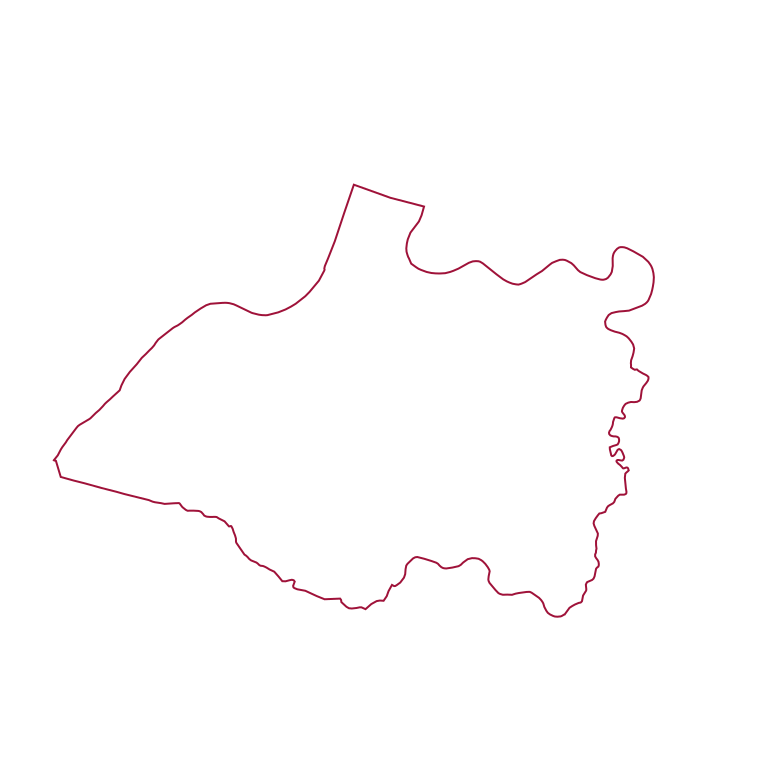 outline of Nga Son, Thanh Hóa, Vietnam, rotated 204°
{"feature_id": "81297802B47963627673209", "entity_name": "Nga Son", "entity_type": "district", "adm_level": 2, "iso_a3": "VNM", "parent_name": "Vietnam", "parent_adm1": "Thanh Hóa", "projection": "mercator", "projection_center": [105.976, 20.004], "detail": "fine", "context": "isolated", "style": "outline", "palette": "rose", "viewbox_px": 768, "rotation_deg": 204, "n_neighbors": 0, "source": "geoboundaries", "source_scale": "gbopen_adm2", "svg_char_len": 6166}
<svg xmlns="http://www.w3.org/2000/svg" viewBox="0 0 768 768"><g transform="rotate(204 384 384)"><path d="M158.9,500.2L160.7,499.0L162.6,499.1L165.1,499.6L166.1,502.0L166.9,503.3L167.9,506.2L168.2,510.4L168.8,514.1L169.9,518.2L172.5,521.4L175.3,523.3L179.1,525.3L181.7,526.2L184.0,526.5L186.6,526.7L189.9,526.5L194.5,525.7L198.7,525.4L201.6,525.5L203.5,526.1L204.4,526.6L205.8,528.2L207.4,530.9L207.5,533.0L207.3,535.5L206.8,538.4L205.0,541.3L201.5,544.0L198.7,545.9L194.4,548.2L190.0,550.7L180.1,560.5L178.0,563.5L177.1,565.5L176.6,567.3L176.5,568.7L176.6,574.9L177.3,579.2L178.0,582.4L179.1,586.5L180.9,591.3L183.0,594.9L185.6,598.3L187.6,600.2L189.3,601.4L192.2,603.1L199.2,605.5L210.1,606.6L217.1,606.9L220.0,606.6L221.9,606.0L223.6,605.2L224.7,604.4L226.0,602.4L226.8,600.0L227.2,598.2L227.3,596.4L227.0,594.3L226.3,591.9L223.0,584.8L221.5,579.1L221.6,576.3L222.6,572.3L223.7,570.4L224.8,569.4L226.0,568.5L227.0,568.0L229.0,567.4L234.0,566.6L242.8,566.0L250.2,566.1L253.1,566.9L258.9,569.6L262.0,570.6L267.2,571.0L269.1,570.9L271.2,570.3L273.9,568.9L276.8,566.1L279.7,563.0L281.0,560.7L285.6,551.5L289.1,546.4L296.5,534.5L298.7,532.1L300.0,530.8L301.6,529.5L304.0,528.7L307.4,527.9L310.6,527.7L313.5,527.7L317.7,528.1L326.0,530.0L342.8,534.4L346.0,534.8L347.8,534.5L350.1,533.6L352.8,532.1L355.8,529.2L362.9,519.7L366.6,515.7L369.1,513.3L373.2,510.1L378.1,507.6L381.7,506.1L385.8,504.7L390.6,503.7L396.5,503.3L399.4,503.3L402.4,503.8L408.1,505.0L412.3,508.9L413.6,509.9L415.2,511.6L417.2,514.0L418.8,517.0L420.3,521.8L421.1,525.8L421.4,533.1L418.2,546.7L418.3,553.4L419.6,562.4L453.9,556.7L492.6,553.8L489.9,523.7L487.0,494.4L486.2,476.3L486.0,467.7L485.5,465.2L484.8,464.3L484.7,463.2L485.5,451.9L489.5,437.8L491.6,432.2L497.3,421.4L500.5,416.8L504.3,412.0L509.8,406.4L518.5,399.5L520.0,398.7L523.5,397.3L526.6,396.4L532.9,395.3L534.2,395.2L550.7,395.7L553.7,395.7L558.0,395.0L559.7,394.5L561.4,393.9L564.2,392.6L575.2,386.7L578.5,383.6L582.2,378.4L585.9,372.5L587.7,369.0L590.3,364.7L591.8,361.9L593.5,358.2L595.1,355.5L596.3,353.6L598.6,350.8L599.7,349.1L607.6,334.2L608.3,332.8L609.3,328.7L609.7,325.8L610.7,322.5L612.0,319.3L613.8,314.4L615.9,309.4L617.9,301.5L621.1,291.7L623.0,283.1L623.3,275.9L622.9,270.7L626.5,262.5L628.2,258.4L630.0,254.6L630.9,252.4L631.8,249.3L633.5,244.5L635.5,240.3L638.2,233.4L638.8,232.3L645.4,223.0L646.5,221.0L647.2,218.5L650.6,203.8L650.9,201.3L652.2,195.5L652.6,192.8L653.0,186.1L654.6,180.1L654.2,180.0L652.5,180.4L641.5,167.6L628.1,169.6L617.2,171.5L599.8,174.1L584.6,176.7L576.3,177.9L551.6,182.3L547.6,182.4L545.2,182.8L539.1,184.5L535.7,185.2L527.2,189.7L522.9,191.8L522.0,191.7L518.7,189.8L517.7,189.4L513.9,188.4L512.0,188.3L506.8,190.7L501.8,192.6L500.5,192.8L498.8,192.7L496.1,191.5L494.8,190.7L493.0,190.6L491.7,190.8L488.8,191.8L484.1,194.0L482.7,194.4L480.3,194.0L473.8,193.7L467.8,190.9L467.0,191.2L466.4,191.8L465.9,192.0L465.5,191.9L463.4,190.2L461.2,187.7L458.5,185.1L456.4,182.6L455.0,179.6L454.2,178.8L442.1,171.4L440.2,171.1L437.9,170.3L436.4,169.5L434.6,169.0L433.6,168.8L427.9,169.0L426.2,168.6L424.4,167.9L423.6,167.8L422.8,167.8L420.6,168.5L419.0,168.6L416.6,168.5L413.1,168.0L407.9,167.9L402.2,165.3L396.7,162.5L393.7,163.7L390.5,166.3L388.5,167.7L386.7,168.0L385.2,167.2L384.9,162.6L384.0,161.4L382.9,161.1L379.7,161.2L371.8,163.1L359.2,162.9L350.7,163.2L336.8,170.1L335.4,169.3L334.2,167.4L327.7,165.2L324.8,164.9L322.1,165.8L318.0,168.2L315.5,170.0L313.8,170.8L309.3,170.8L306.1,177.8L302.4,182.7L299.7,184.5L296.2,185.8L295.2,191.3L295.6,196.6L295.0,203.7L292.6,203.5L291.6,204.0L290.6,205.4L288.4,209.2L287.0,215.2L287.3,218.9L289.0,223.7L289.8,227.2L289.4,229.3L286.5,236.5L285.0,238.4L283.2,239.5L276.2,240.7L268.7,241.6L263.5,242.0L261.5,241.7L259.4,240.7L257.1,240.0L255.4,239.9L254.1,240.1L252.1,240.8L246.9,244.1L241.8,247.9L240.3,250.0L239.1,253.1L236.3,258.0L232.8,260.7L229.6,262.0L226.5,262.8L223.5,262.6L221.7,262.2L218.3,260.9L214.6,258.8L212.3,257.1L211.3,255.9L210.2,251.0L209.2,247.9L208.4,246.7L206.7,245.2L198.3,241.1L194.4,239.5L192.5,239.4L189.7,239.8L185.8,241.7L181.3,243.5L178.5,246.0L175.8,247.9L169.2,252.0L167.4,252.9L166.2,253.4L164.3,253.4L155.4,251.7L152.7,250.6L150.8,249.5L149.3,248.4L146.8,245.5L143.5,242.9L141.3,241.6L138.6,241.0L135.1,240.9L133.3,241.1L131.0,241.9L128.0,243.6L127.0,244.7L125.4,247.0L125.2,247.0L123.5,255.0L121.7,257.8L119.8,260.3L117.1,263.2L115.5,264.3L115.1,265.0L114.8,266.2L116.1,271.7L115.3,277.5L115.7,278.8L118.0,282.8L118.0,284.5L117.8,285.7L114.2,289.6L113.4,291.4L113.4,293.9L115.1,301.4L114.8,302.8L113.9,304.4L114.1,305.9L114.8,307.4L115.8,308.9L117.5,310.2L119.2,311.1L121.0,312.4L121.8,314.2L121.8,316.1L122.5,318.0L122.9,320.0L124.7,323.0L126.4,326.7L127.0,332.2L127.8,334.4L134.2,340.0L135.8,341.9L136.4,344.1L136.0,347.5L135.2,351.2L134.6,353.3L133.0,354.3L129.9,357.2L130.0,361.7L129.6,363.5L128.6,365.1L126.3,368.1L125.7,369.9L125.9,373.3L124.6,377.2L123.6,378.8L119.6,380.6L118.4,381.8L118.2,382.9L118.7,384.2L120.5,386.9L125.8,396.2L127.1,400.3L126.6,401.7L125.9,403.1L125.3,404.6L126.7,406.2L127.6,406.6L128.7,406.3L130.2,404.8L131.1,404.2L131.7,404.3L132.8,404.9L135.4,406.0L137.6,406.5L139.6,407.4L140.3,408.1L140.3,408.8L139.8,409.5L138.8,410.0L136.2,410.6L135.2,411.0L134.5,412.2L134.6,414.4L135.2,415.4L136.3,416.5L138.4,418.5L140.1,419.8L140.9,420.1L142.7,420.2L143.3,419.6L143.8,418.8L144.3,413.8L144.7,412.7L145.5,411.4L146.3,410.9L147.3,411.2L151.1,416.2L152.0,418.0L149.5,420.6L147.1,422.6L146.0,423.8L145.8,425.4L145.9,427.1L146.5,428.6L147.0,429.4L147.7,430.2L148.5,430.5L149.7,430.6L151.1,430.3L152.7,429.6L154.5,429.2L156.2,429.1L157.8,429.8L158.6,430.9L158.8,432.6L158.4,434.4L158.3,437.4L158.4,439.1L158.7,440.7L159.3,442.4L159.7,446.4L159.6,447.3L158.9,447.8L157.9,448.2L154.5,448.7L151.7,449.5L150.7,450.4L150.4,451.7L150.8,452.6L151.8,453.5L154.5,454.9L155.4,455.6L155.8,456.7L156.1,459.5L155.8,462.0L155.2,464.1L153.3,466.3L151.1,468.0L148.0,469.2L145.5,470.7L143.9,472.7L143.7,473.4L143.7,475.3L146.0,483.0L146.1,485.8L146.0,487.3L144.8,491.6L144.3,494.4L144.5,496.3L145.2,497.9L146.6,498.5L148.3,498.8L151.6,498.9L156.8,499.5L158.9,500.2Z" fill="none" stroke="#9f1239" stroke-width="2"/></g></svg>